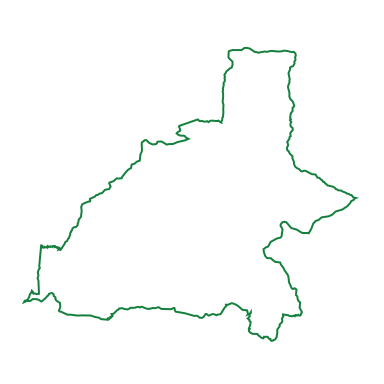 La Calera, Cundinamarca, Colombia, rotated 272°
{"feature_id": "7082276B16624881870265", "entity_name": "La Calera", "entity_type": "district", "adm_level": 2, "iso_a3": "COL", "parent_name": "Colombia", "parent_adm1": "Cundinamarca", "projection": "natural_earth1", "projection_center": [-73.929, 4.707], "detail": "fine", "context": "isolated", "style": "outline", "palette": "green", "viewbox_px": 384, "rotation_deg": 272, "n_neighbors": 0, "source": "geoboundaries", "source_scale": "gbopen_adm2", "svg_char_len": 5859}
<svg xmlns="http://www.w3.org/2000/svg" viewBox="0 0 384 384"><g transform="rotate(272 192 192)"><path d="M328.1,223.7L326.8,224.5L323.7,227.9L320.7,228.1L317.7,227.3L316.9,225.7L313.8,222.2L311.9,221.4L310.6,220.4L309.6,220.4L308.3,220.9L306.8,220.5L306.0,220.9L303.8,220.8L301.9,219.7L300.1,220.0L296.2,219.2L294.9,219.6L293.5,219.1L292.3,219.6L288.8,219.8L282.9,219.5L280.6,220.4L275.1,220.3L273.2,220.6L268.1,220.3L267.0,219.7L264.9,219.7L263.1,218.7L262.4,218.9L262.8,217.8L264.3,215.9L263.8,215.1L264.0,208.6L263.5,207.3L262.4,206.1L263.3,204.7L262.8,203.3L262.8,201.3L263.3,199.8L263.1,197.3L264.7,195.2L257.6,176.9L257.0,176.7L254.3,177.9L252.8,178.1L251.2,175.5L250.1,174.6L248.8,176.1L248.2,177.4L247.9,179.8L248.0,181.7L247.7,182.7L246.0,184.3L245.0,186.6L243.3,183.0L241.4,175.8L239.3,171.3L239.1,167.5L238.5,165.1L241.3,160.0L241.2,156.2L240.6,155.5L239.6,155.3L238.6,154.3L238.2,151.4L238.5,150.0L239.9,147.0L241.6,145.4L242.3,144.2L242.0,142.6L241.0,141.9L240.4,140.7L239.8,140.2L238.4,140.0L232.2,140.6L229.8,140.1L228.0,139.2L221.5,138.7L220.5,136.0L218.3,133.6L217.3,130.7L213.9,130.3L212.1,127.5L210.3,125.8L205.0,121.9L203.3,121.3L202.9,118.1L203.0,116.3L200.0,113.1L198.7,109.5L197.9,108.9L194.7,110.5L192.1,109.1L191.1,104.9L187.8,102.2L187.2,99.9L185.6,97.4L185.6,96.4L184.1,95.2L181.6,90.2L179.9,90.7L179.0,90.4L178.9,89.2L177.1,84.8L175.8,82.7L173.0,81.8L169.2,82.4L163.3,81.9L160.2,79.6L158.3,79.6L156.2,78.8L154.9,78.9L153.0,77.3L152.6,75.2L151.4,73.9L149.3,73.3L148.8,72.6L148.1,72.6L146.2,71.6L144.7,71.8L143.2,71.0L142.0,70.8L141.1,69.9L138.7,68.9L137.7,67.2L135.5,66.4L129.5,62.6L129.6,62.2L130.5,62.1L129.7,60.5L131.0,60.9L131.4,61.4L131.7,61.2L131.9,60.0L131.4,59.2L131.8,58.6L131.3,58.1L132.2,58.4L132.1,57.1L132.7,57.4L133.3,56.7L133.2,55.2L132.1,54.4L132.8,53.0L132.2,52.6L131.7,53.0L132.5,51.8L132.1,50.9L132.9,49.9L131.5,49.5L132.2,48.8L131.5,47.9L132.0,46.5L131.3,46.3L131.2,45.5L132.0,44.6L131.1,43.7L133.1,44.1L133.3,43.1L112.4,41.9L110.9,42.6L108.8,41.4L106.3,40.7L103.3,41.4L100.2,40.7L98.3,41.6L85.0,42.6L84.5,40.3L85.2,38.4L84.8,37.1L85.5,36.6L86.8,36.4L87.7,35.4L85.7,34.8L84.3,33.6L81.6,33.0L78.6,31.5L78.0,30.6L77.5,28.7L76.0,28.0L77.3,30.6L77.5,34.3L79.3,36.4L79.5,37.7L79.4,41.1L78.5,43.4L77.5,44.6L77.4,45.6L81.3,49.8L82.7,50.7L83.7,52.0L85.2,52.6L86.2,55.3L85.1,57.2L83.2,57.5L82.0,59.2L80.0,59.3L78.6,60.4L76.5,63.9L72.4,64.4L68.7,63.1L68.0,63.8L67.8,65.2L65.0,71.9L65.2,74.4L64.5,81.7L64.9,86.9L65.0,95.4L63.8,99.0L63.1,103.5L61.8,105.6L61.4,112.7L62.4,113.9L62.1,112.0L62.8,112.2L63.2,114.8L64.2,115.7L64.6,115.2L65.4,116.9L67.3,115.9L67.5,117.7L68.1,118.3L71.4,121.5L72.0,122.7L73.0,123.2L73.5,126.3L72.7,128.4L72.4,131.5L73.0,133.1L74.1,134.4L74.3,138.8L75.4,141.8L74.8,144.1L75.4,144.9L75.5,146.0L73.8,150.7L73.7,153.7L74.7,156.7L74.6,159.2L75.7,162.6L74.3,165.0L74.1,165.9L74.1,173.9L74.3,175.7L75.4,177.6L75.4,178.5L72.8,179.2L71.8,180.0L70.6,189.0L68.2,198.9L68.6,200.9L68.1,202.2L66.7,203.9L66.6,206.6L67.6,208.0L70.5,209.8L70.5,210.9L69.2,212.6L69.1,213.5L70.3,215.7L70.8,217.8L69.7,220.7L70.6,222.7L70.8,224.5L71.3,225.1L77.5,228.6L79.4,230.3L80.5,229.9L80.6,232.0L82.2,235.3L82.2,236.0L81.7,238.0L80.0,241.6L76.0,246.6L75.6,251.2L71.8,252.3L71.5,252.1L72.4,254.1L73.9,255.0L73.0,255.0L71.8,253.6L69.8,254.1L67.5,252.1L66.4,253.8L65.3,253.8L64.3,255.1L61.4,254.9L57.3,253.6L57.1,254.4L55.9,253.7L54.9,253.8L53.7,254.9L52.4,257.3L52.4,262.3L50.8,263.5L50.5,264.4L49.2,265.7L48.3,267.7L48.3,268.5L49.8,269.0L49.9,272.6L48.4,273.7L47.8,274.7L47.8,275.5L46.5,275.7L46.0,276.8L46.3,278.0L47.0,278.8L47.4,280.1L49.5,281.5L54.4,282.2L57.0,282.0L58.2,282.4L60.8,284.3L62.7,284.2L64.2,285.8L65.9,286.8L68.9,286.3L70.4,287.5L72.8,287.2L72.2,292.4L71.5,293.8L71.3,296.4L71.9,297.6L71.4,299.1L72.7,299.6L72.7,300.4L72.1,301.2L73.0,302.5L72.3,303.3L72.3,304.3L72.7,304.9L74.5,305.3L75.0,305.9L76.1,305.9L80.0,303.6L85.4,303.9L86.8,302.2L88.8,301.3L91.4,300.9L92.6,299.5L98.1,299.8L99.4,298.0L98.6,296.3L98.9,295.4L99.6,294.8L105.3,292.1L110.8,291.3L112.6,290.5L117.2,287.1L119.6,285.9L122.4,283.5L124.7,282.5L125.0,277.7L127.3,274.5L128.5,273.4L128.6,269.3L130.8,267.3L134.6,265.9L137.4,265.5L139.5,268.2L140.1,269.9L144.9,272.4L148.5,278.4L149.5,282.0L150.6,283.0L157.8,283.8L161.6,281.6L163.3,282.1L165.1,283.7L165.4,285.6L165.1,287.3L159.4,292.5L158.1,297.9L155.2,303.0L154.9,304.1L155.1,309.1L154.8,310.1L159.6,312.6L164.5,314.2L167.4,316.6L168.4,319.4L171.2,322.5L172.5,329.5L174.4,333.2L177.5,336.2L179.7,342.8L183.2,347.7L186.6,350.6L188.3,351.3L189.8,353.9L191.1,354.7L191.7,356.0L192.3,353.3L194.4,351.7L194.5,350.5L195.5,348.8L195.8,347.0L196.6,345.8L198.0,341.9L198.7,340.9L198.8,337.9L199.7,336.9L199.9,335.7L201.4,334.4L202.2,332.8L203.4,327.0L204.6,326.0L205.3,324.7L206.5,324.0L206.7,322.7L208.2,321.9L209.1,320.2L210.6,318.8L210.8,316.7L213.7,315.0L214.1,311.0L217.1,304.8L217.2,303.4L216.4,301.3L216.8,299.9L218.5,298.4L219.8,295.6L221.1,294.1L223.2,293.1L225.7,292.8L229.4,291.1L231.3,291.2L233.5,288.6L236.2,287.1L237.0,285.8L239.0,285.3L242.6,286.5L245.3,285.4L248.5,287.4L250.5,287.7L251.3,288.7L253.4,288.2L254.9,288.4L257.4,290.5L259.3,290.4L261.0,288.5L262.1,288.0L263.8,288.0L265.4,288.8L267.3,287.4L268.1,288.3L269.8,287.4L270.5,287.7L272.4,287.7L274.2,288.1L276.4,289.7L279.8,289.6L281.0,290.9L281.9,291.2L285.5,289.7L287.0,288.6L287.9,287.3L290.6,286.0L294.6,285.9L300.0,284.3L301.5,284.4L305.2,285.7L306.3,285.4L308.2,285.7L314.1,284.3L318.2,285.8L319.7,285.6L320.6,286.4L321.2,288.6L324.0,290.0L325.8,289.7L327.3,290.7L328.3,290.8L329.7,290.3L331.9,290.9L333.3,290.8L334.6,290.0L335.6,288.8L335.3,286.5L336.2,282.9L336.5,278.9L335.7,276.7L335.4,273.2L335.8,266.0L334.7,262.1L334.9,259.6L333.5,253.1L334.0,252.0L334.2,249.8L337.3,244.9L338.0,241.6L337.7,239.3L335.6,236.6L335.3,227.7L334.2,224.2L333.4,223.8L328.1,223.7Z" fill="none" stroke="#15803d" stroke-width="2"/></g></svg>